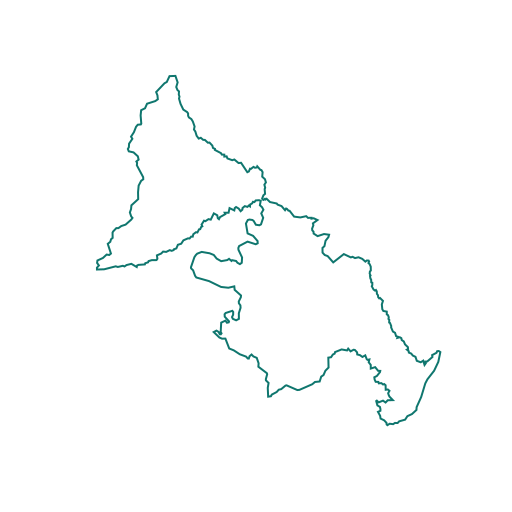 Lehlakaneng, Mafeteng, Lesotho, rotated 167°
{"feature_id": "5366337B94978153293499", "entity_name": "Lehlakaneng", "entity_type": "district", "adm_level": 2, "iso_a3": "LSO", "parent_name": "Lesotho", "parent_adm1": "Mafeteng", "projection": "equal_earth", "projection_center": [27.647, -29.815], "detail": "fine", "context": "isolated", "style": "outline", "palette": "teal", "viewbox_px": 512, "rotation_deg": 167, "n_neighbors": 0, "source": "geoboundaries", "source_scale": "gbopen_adm2", "svg_char_len": 6127}
<svg xmlns="http://www.w3.org/2000/svg" viewBox="0 0 512 512"><g transform="rotate(167 256 256)"><path d="M414.0,278.6L406.9,277.2L395.0,277.5L393.1,276.4L387.9,276.4L386.5,275.4L384.2,276.3L379.2,276.4L374.7,272.1L374.1,273.4L372.6,273.8L366.2,272.8L365.5,273.9L362.6,274.1L361.8,275.2L358.5,275.4L353.9,274.4L352.7,275.5L352.4,278.9L347.9,279.7L345.5,281.2L342.6,280.2L338.7,281.1L337.0,280.0L334.9,280.3L334.5,281.0L331.9,281.3L329.6,284.5L326.1,284.8L323.2,287.6L318.3,288.5L316.8,288.0L314.8,289.5L313.3,289.1L312.2,291.3L309.1,292.7L307.8,292.1L305.5,294.8L304.3,294.7L302.9,296.6L301.6,297.0L302.0,298.8L298.7,302.1L297.5,301.3L294.0,302.6L291.9,301.6L287.5,307.0L284.6,304.4L284.7,301.4L283.8,300.2L282.3,302.0L276.5,303.7L276.8,305.2L273.0,304.3L271.0,308.6L266.9,305.3L265.9,307.5L264.4,308.2L262.2,306.1L260.9,303.1L258.9,304.2L258.3,305.8L255.7,307.1L253.3,305.8L251.6,306.8L250.7,305.7L250.1,307.5L247.8,308.2L246.8,309.5L245.4,308.9L243.8,310.2L240.5,309.7L239.0,308.7L240.8,304.6L239.1,302.1L238.4,299.4L241.3,296.3L240.4,291.6L244.0,285.7L245.8,285.2L249.1,286.5L250.4,290.7L251.4,291.9L254.2,293.0L255.9,292.9L258.5,289.9L259.1,279.9L254.3,276.3L251.1,270.2L251.5,268.0L253.6,267.5L261.0,271.9L270.2,269.5L271.4,267.8L271.7,266.0L269.9,257.7L271.4,252.6L273.5,251.7L275.6,253.6L276.5,255.6L280.2,257.3L281.0,256.7L282.9,259.3L284.9,258.5L291.1,258.8L294.9,262.3L296.9,266.5L300.6,269.1L308.0,272.2L312.8,271.5L314.5,270.4L316.3,268.7L321.9,259.7L322.0,258.5L320.5,256.2L319.8,250.4L319.0,248.5L307.4,242.1L297.0,233.7L290.1,231.3L284.0,231.3L284.4,227.8L279.5,220.9L280.0,219.3L283.0,215.6L283.3,213.8L282.3,211.4L282.7,209.0L285.6,204.1L286.8,198.6L289.8,197.8L292.7,200.0L293.1,201.9L291.5,203.9L290.8,206.6L291.4,207.9L298.4,207.3L299.7,206.3L300.1,203.9L297.0,198.4L297.5,197.5L299.3,197.5L300.4,199.9L304.9,198.9L307.5,189.9L307.0,188.4L307.9,187.6L308.9,187.9L309.5,190.4L311.3,192.2L314.3,191.4L310.0,184.8L307.7,183.1L304.4,182.4L302.9,171.9L298.9,169.1L293.9,163.9L288.3,160.2L287.1,158.0L286.1,157.7L284.8,159.8L282.5,161.0L281.1,158.7L278.2,156.6L277.6,150.9L278.6,147.6L271.8,139.4L271.7,138.3L274.1,133.8L274.3,132.6L272.3,129.5L274.2,124.9L275.8,116.2L273.0,116.0L271.8,117.4L266.5,118.8L263.9,120.6L261.4,120.6L256.4,123.1L255.3,123.1L245.9,116.1L243.8,115.8L230.0,118.4L226.9,120.0L222.2,119.4L219.6,123.8L217.0,124.8L214.2,128.6L210.4,131.0L208.4,140.7L205.6,140.5L203.3,142.7L201.3,143.2L200.6,144.6L193.6,145.7L188.5,143.5L187.0,145.0L185.3,141.8L182.0,142.7L180.8,142.2L179.2,139.4L179.5,137.3L177.0,136.0L175.0,133.7L171.9,134.6L171.3,130.5L170.7,129.7L168.8,129.7L170.1,127.1L168.7,124.1L169.5,120.5L164.9,120.9L162.8,116.6L160.8,116.1L161.3,115.0L165.2,111.9L168.0,111.2L168.2,108.9L167.7,106.5L165.1,105.8L165.0,104.3L162.4,103.9L161.1,102.2L159.9,102.4L158.8,100.9L159.7,96.5L157.6,96.3L156.3,94.6L158.1,92.6L158.0,90.9L157.6,89.0L155.1,84.8L160.1,85.8L162.7,84.1L164.8,86.5L169.4,85.8L170.8,87.9L171.5,87.6L171.3,83.1L169.2,81.1L169.2,78.8L169.6,77.2L172.2,76.7L171.0,72.4L171.2,69.6L168.1,67.1L166.4,64.1L166.6,62.5L166.0,61.6L163.5,62.5L160.2,61.3L158.2,62.1L155.6,61.4L153.7,62.7L147.5,63.0L144.5,65.9L139.6,66.9L134.3,69.9L133.5,72.6L126.8,81.4L119.7,93.8L116.7,97.3L108.3,104.1L102.2,111.8L98.0,120.9L99.3,122.3L100.9,122.5L101.9,121.1L106.7,119.8L106.8,117.9L112.9,114.7L114.5,115.0L114.6,113.4L116.3,111.9L116.6,116.4L119.4,115.4L122.9,117.7L123.3,121.9L125.6,123.7L126.7,126.0L128.8,127.5L128.6,128.9L130.0,130.8L128.8,131.0L128.5,133.0L130.7,136.4L131.2,139.5L132.9,141.3L132.9,143.3L134.2,144.5L136.6,144.4L135.9,145.4L137.5,146.4L137.8,149.9L139.6,151.6L140.4,156.1L140.0,157.3L140.5,160.6L141.2,161.2L140.5,163.9L141.1,164.9L140.4,166.5L140.7,168.7L141.7,169.7L141.1,172.4L144.3,173.8L144.9,175.7L144.3,180.5L142.4,183.7L144.6,187.2L145.5,187.0L146.2,188.4L146.0,190.4L146.7,191.9L146.3,194.4L146.8,195.9L147.8,195.5L149.0,196.9L150.0,200.5L149.2,201.5L148.7,203.8L149.6,204.4L149.1,207.3L149.6,208.2L149.4,211.0L148.8,211.3L149.2,213.3L148.5,215.3L147.4,216.0L146.6,219.8L147.1,222.5L148.0,223.8L147.0,225.2L147.3,226.2L149.0,226.7L150.7,225.9L153.1,229.3L156.4,231.7L160.0,231.7L162.1,233.5L163.9,233.3L170.0,238.1L182.2,232.4L186.2,239.8L188.8,241.5L190.4,244.3L189.4,248.9L187.1,250.2L184.8,255.2L181.2,258.1L180.0,260.3L184.8,262.1L191.5,261.5L194.8,264.9L194.5,266.8L195.4,268.3L195.2,270.0L193.2,273.0L193.2,275.0L188.0,277.2L191.3,279.8L193.5,279.9L193.3,280.7L196.8,281.5L198.1,283.5L204.1,283.6L210.0,285.8L213.1,292.5L214.2,292.9L215.3,295.0L216.0,295.5L217.4,294.1L219.9,298.9L223.4,301.2L224.0,302.5L230.2,305.4L232.8,309.4L234.2,308.9L234.5,309.7L236.2,309.0L236.9,309.7L237.1,310.6L235.1,313.5L233.2,314.5L232.5,319.3L231.7,320.4L231.8,323.6L229.8,325.5L230.0,328.8L232.1,331.9L230.7,336.2L231.4,338.5L232.4,339.0L234.6,343.1L235.3,342.1L237.1,342.2L238.4,343.4L241.4,342.0L242.2,342.4L243.9,340.0L245.6,339.6L249.6,350.2L252.1,350.5L255.4,354.9L257.6,354.7L261.9,357.5L262.2,359.7L264.5,360.0L264.1,361.9L266.5,362.5L267.0,364.1L272.2,368.6L271.9,369.6L273.6,371.0L273.7,373.4L275.8,377.0L277.4,377.2L279.7,380.6L281.4,381.1L283.2,383.6L285.4,383.3L286.8,386.5L287.1,390.9L288.0,393.2L286.7,396.0L287.3,401.3L288.2,404.0L290.2,406.1L290.6,407.9L290.1,410.2L290.7,411.7L293.9,415.0L295.3,421.2L295.6,426.7L294.7,428.5L294.9,430.7L294.0,433.7L295.2,435.4L295.7,438.6L293.3,442.8L294.0,449.6L299.8,450.7L303.8,445.6L306.3,444.9L316.4,438.2L315.9,434.7L316.4,430.8L319.3,429.6L327.9,428.9L330.9,424.9L335.1,423.9L336.8,418.9L338.0,410.8L338.6,410.1L341.7,410.5L343.8,408.9L347.1,404.1L350.9,400.4L350.1,398.0L354.4,394.0L355.4,390.6L356.8,389.1L356.4,386.6L352.0,384.5L348.7,379.7L348.7,376.3L351.3,375.0L350.9,373.5L351.7,371.2L348.2,358.2L348.6,356.1L351.0,355.1L354.5,351.0L356.6,344.6L358.0,337.9L366.0,333.4L367.2,329.8L369.1,326.8L368.7,322.6L367.8,320.9L369.4,319.5L376.0,315.9L380.5,315.5L383.8,314.1L385.8,314.6L389.6,312.1L390.5,311.1L391.6,305.9L393.5,304.9L394.8,302.6L397.7,301.2L396.8,291.0L398.8,290.0L401.2,291.0L405.6,288.5L411.5,287.3L412.4,285.0L411.2,282.1L413.6,280.4L414.0,278.6Z" fill="none" stroke="#0f766e" stroke-width="2"/></g></svg>